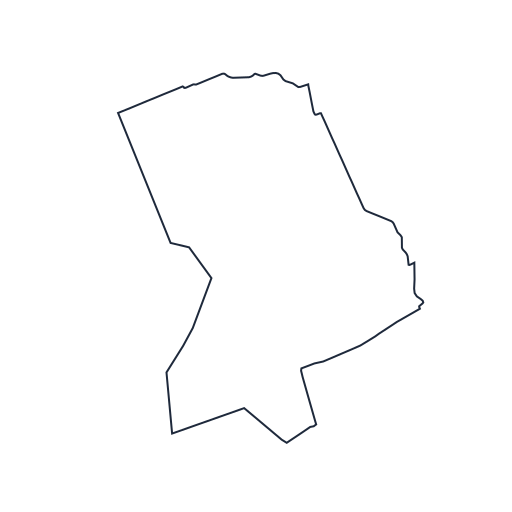 the border of Gao, rotated 248°
{"feature_id": "MLI-2690", "entity_name": "Gao", "entity_type": "Region", "adm_level": 1, "iso_a3": "MLI", "parent_name": "Mali", "parent_adm1": "", "projection": "robinson", "projection_center": [1.906, 16.933], "detail": "fine", "context": "isolated", "style": "outline", "palette": "slate", "viewbox_px": 512, "rotation_deg": 248, "n_neighbors": 0, "source": "natural_earth", "source_scale": "10m", "svg_char_len": 1983}
<svg xmlns="http://www.w3.org/2000/svg" viewBox="0 0 512 512"><g transform="rotate(248 256 256)"><path d="M152.1,393.8L150.3,393.7L149.7,392.8L148.3,388.5L147.7,388.2L145.7,388.2L142.1,361.9L140.7,355.1L137.9,340.9L136.8,336.5L136.3,333.6L133.9,319.2L133.6,308.0L133.4,298.7L133.0,278.8L134.5,269.9L134.6,264.0L134.8,256.0L132.7,254.8L130.4,254.5L126.4,253.9L107.9,251.9L81.5,249.1L77.3,248.7L76.5,245.7L77.2,242.3L75.1,232.7L71.3,214.5L76.1,211.0L107.8,194.2L119.4,188.0L122.8,111.7L181.6,129.4L200.0,154.8L212.9,170.4L252.2,206.4L289.1,197.2L300.1,181.7L359.2,181.7L406.5,181.7L440.2,181.7L440.3,181.7L440.3,186.6L440.3,195.4L440.4,204.3L440.5,213.1L440.5,221.9L440.6,230.7L440.6,239.5L440.6,244.0L440.7,251.5L439.9,252.2L439.2,252.2L438.7,252.5L438.3,253.7L438.3,255.0L438.6,262.0L438.4,262.7L437.6,264.2L437.4,264.8L437.4,269.3L437.5,278.9L437.5,285.0L437.6,292.9L437.1,294.6L436.2,295.5L433.5,297.0L432.1,298.3L430.9,299.7L429.9,301.3L424.4,316.4L424.2,318.4L424.4,320.4L425.2,322.5L425.3,322.7L425.3,322.8L425.3,323.3L425.3,323.5L425.2,323.7L421.6,327.7L420.6,329.4L420.3,330.7L419.7,337.6L419.2,340.4L418.4,342.5L418.3,342.9L416.7,345.0L414.4,346.4L409.4,347.5L407.1,348.9L402.3,354.8L396.8,358.5L396.2,360.4L395.6,368.7L394.5,368.4L394.2,368.3L387.7,367.1L376.0,364.8L368.6,363.4L366.1,363.5L365.1,363.7L364.7,364.1L364.5,364.8L364.4,366.1L364.4,368.8L364.0,369.7L360.9,369.8L354.9,370.1L348.9,370.3L342.9,370.5L336.9,370.7L330.8,371.0L324.8,371.2L318.8,371.4L312.8,371.7L306.7,371.9L300.7,372.1L294.7,372.3L288.7,372.6L282.6,372.8L276.6,373.0L270.6,373.3L264.6,373.5L260.0,373.7L257.9,374.2L256.2,375.4L252.0,379.7L247.0,384.9L242.9,389.1L237.6,394.5L236.1,395.4L234.4,395.8L224.9,396.1L223.1,396.9L221.3,397.7L219.6,398.1L218.7,398.2L209.0,394.4L207.1,394.5L203.0,396.1L201.0,396.5L198.9,396.5L190.7,394.2L190.2,394.9L190.2,396.7L190.5,400.3L174.8,394.2L166.5,390.4L162.2,389.2L158.3,390.0L154.4,392.6L152.1,393.8Z" fill="none" stroke="#1e293b" stroke-width="2"/></g></svg>